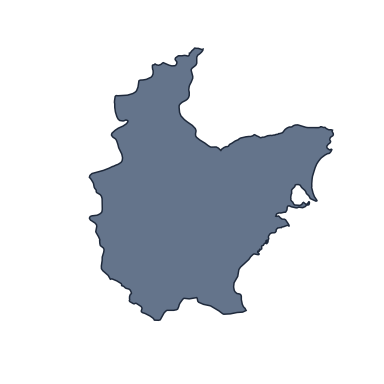 Nacala-A-Velha, Nampula, Mozambique (Mercator projection), rotated 29°
{"feature_id": "85939544B78261911608408", "entity_name": "Nacala-A-Velha", "entity_type": "district", "adm_level": 2, "iso_a3": "MOZ", "parent_name": "Mozambique", "parent_adm1": "Nampula", "projection": "mercator", "projection_center": [40.472, -14.556], "detail": "fine", "context": "isolated", "style": "filled", "palette": "slate", "viewbox_px": 384, "rotation_deg": 29, "n_neighbors": 0, "source": "geoboundaries", "source_scale": "gbopen_adm2", "svg_char_len": 6017}
<svg xmlns="http://www.w3.org/2000/svg" viewBox="0 0 384 384"><g transform="rotate(29 192 192)"><path d="M132.4,61.7L131.5,62.6L127.9,63.3L125.8,64.4L124.7,64.7L124.4,65.2L124.3,66.3L123.5,68.3L123.0,71.4L122.4,71.8L123.2,73.4L123.0,74.6L122.0,75.3L120.8,75.5L119.1,76.2L117.1,77.8L114.3,79.3L113.9,79.8L112.6,82.6L112.6,83.3L113.1,84.4L115.6,85.5L116.1,86.3L116.4,87.1L116.5,88.3L115.9,89.8L113.2,91.5L110.5,92.2L104.2,92.8L103.8,93.3L102.9,95.6L101.3,97.4L99.2,98.0L97.6,97.9L97.3,98.9L96.1,100.0L96.0,100.4L96.8,102.0L98.2,103.9L99.1,104.6L100.3,106.7L100.8,108.1L100.9,110.1L100.6,111.4L97.5,115.6L94.9,117.7L92.4,119.3L91.8,120.2L91.7,120.6L93.9,126.4L94.4,130.2L94.1,131.8L92.6,134.5L88.6,138.6L80.6,143.7L79.0,144.4L78.7,144.9L78.5,145.7L79.9,149.5L80.7,151.2L81.7,152.4L83.4,155.4L86.2,159.1L89.4,162.2L90.7,163.2L92.2,164.1L94.1,164.5L96.8,163.5L97.8,162.9L99.3,161.0L101.2,160.7L101.9,161.6L101.6,164.0L99.7,167.8L96.6,171.9L94.9,175.2L93.5,179.3L93.7,180.6L94.1,181.4L95.3,182.0L96.3,182.4L99.1,182.6L100.2,183.0L101.7,184.1L104.2,186.4L106.4,188.8L112.1,192.8L113.3,194.1L114.7,195.8L115.7,198.3L115.7,200.0L115.4,200.9L113.9,203.7L112.3,205.5L110.7,207.8L110.2,208.1L107.9,211.4L104.1,216.0L95.6,224.3L94.7,226.9L95.1,228.9L97.1,229.6L100.4,231.4L101.7,232.3L104.1,235.2L105.1,235.9L107.0,236.7L107.5,237.1L108.1,238.2L108.9,238.7L113.1,238.8L114.9,239.7L116.6,241.4L121.9,250.6L122.7,252.6L122.8,253.8L122.0,255.9L120.3,258.3L116.1,261.3L114.9,262.7L114.8,264.0L115.2,264.9L116.9,265.8L122.0,266.1L124.3,266.9L125.4,268.3L127.0,273.2L127.6,273.8L131.9,276.4L133.9,277.9L134.7,278.7L134.7,279.2L136.5,281.9L137.8,283.3L141.6,283.9L142.7,284.7L143.2,285.4L144.0,287.6L145.0,292.4L146.6,295.4L148.6,300.7L150.0,303.0L152.2,304.1L159.1,305.6L162.9,307.9L163.5,307.2L164.6,306.7L169.3,306.2L174.5,306.4L175.7,307.4L175.7,307.8L176.0,308.0L177.9,307.6L180.2,308.2L181.1,308.2L183.8,307.5L185.4,307.7L187.0,308.8L188.1,309.8L188.1,310.7L187.7,311.3L188.0,313.5L188.8,315.2L189.6,316.2L189.9,317.5L190.7,318.0L194.6,318.1L195.6,317.9L196.4,316.8L197.4,316.4L203.0,316.8L204.2,317.5L204.8,318.2L205.2,320.3L205.4,320.8L205.9,321.3L207.2,321.5L209.9,321.0L215.3,320.8L218.9,321.2L220.5,321.8L221.2,322.3L225.0,320.4L226.2,319.2L226.2,311.4L226.8,309.0L227.5,307.6L233.3,304.4L235.5,302.5L236.2,301.4L236.0,298.9L235.4,296.5L235.4,294.6L235.8,291.1L236.2,289.3L236.7,288.8L241.4,286.8L247.3,282.1L248.1,282.5L250.0,284.7L251.3,285.2L256.5,284.7L263.4,282.6L273.1,282.9L277.8,283.6L279.0,283.5L284.6,280.0L289.9,275.5L294.5,272.5L296.8,269.4L294.7,268.0L293.6,267.8L292.3,267.2L290.4,265.8L287.4,262.3L285.7,259.3L285.0,258.6L284.1,258.1L282.8,258.2L280.4,259.0L278.0,258.4L276.7,257.6L274.9,255.5L274.2,254.4L272.8,251.0L272.9,243.6L270.6,237.1L270.8,234.3L274.4,223.5L274.7,220.1L275.7,216.9L276.4,216.0L279.6,215.0L280.5,214.6L280.8,214.2L280.8,213.7L280.5,213.5L278.6,212.9L278.3,211.9L278.6,211.6L279.3,211.6L279.5,211.4L278.9,209.7L279.0,209.3L280.0,209.4L280.1,208.6L280.5,208.0L280.1,207.0L279.4,206.3L279.2,205.3L280.3,204.0L280.1,203.0L280.7,201.4L280.9,200.0L280.4,198.8L281.0,197.7L281.3,197.5L281.6,197.6L281.8,198.3L281.6,199.7L281.8,200.4L281.4,200.9L281.6,201.1L282.1,201.1L282.4,200.9L282.7,199.5L282.5,198.4L282.0,197.5L281.8,196.0L281.6,195.3L280.8,194.6L280.3,193.4L280.5,190.8L281.5,189.1L283.7,187.8L284.4,187.0L284.6,185.6L283.9,184.0L284.4,182.0L286.2,180.5L287.5,179.8L287.7,178.9L289.0,177.9L291.2,175.3L292.2,174.7L293.3,174.8L293.4,174.6L292.8,173.9L291.1,172.9L287.3,171.0L286.0,171.0L284.3,171.9L283.6,172.0L281.5,171.7L279.4,171.0L279.0,171.2L278.1,172.2L277.0,172.5L276.9,171.4L276.6,170.8L276.7,170.0L278.1,168.2L279.1,167.6L279.8,167.4L282.4,165.0L283.4,164.5L283.7,163.9L283.7,161.6L282.6,159.0L282.8,157.6L283.2,157.3L284.0,156.9L286.0,156.8L290.7,155.4L291.6,154.9L292.7,153.5L296.4,152.1L298.2,149.7L298.5,148.0L300.3,146.7L300.4,146.0L300.0,144.5L299.3,143.8L298.9,143.9L298.7,145.7L298.2,147.1L297.5,147.5L294.6,147.0L294.1,147.9L294.0,149.8L292.8,151.4L288.5,153.4L287.8,153.5L286.5,153.1L285.2,152.1L283.6,151.7L282.2,151.0L281.6,149.7L280.9,148.8L279.9,146.0L279.9,145.0L278.2,142.1L278.3,140.9L279.3,137.4L278.9,136.0L279.5,135.1L281.2,134.0L282.8,133.6L283.5,133.7L285.7,134.9L289.7,135.8L291.1,136.4L292.9,137.9L296.1,138.7L298.7,140.4L304.9,139.9L305.5,139.2L305.4,138.8L301.3,136.7L298.5,134.4L294.3,129.9L294.1,129.1L292.7,126.7L290.8,122.5L289.8,119.9L288.6,114.4L287.9,110.9L287.5,107.1L287.7,103.9L288.2,100.7L288.6,99.2L290.4,95.2L292.0,92.7L293.1,91.9L293.5,91.3L293.9,89.4L293.8,87.2L293.3,87.0L292.9,87.2L292.2,88.3L291.7,88.5L289.4,88.2L288.7,87.9L288.1,87.3L287.7,86.5L287.8,85.7L288.0,84.2L288.9,82.2L288.9,81.0L288.6,80.4L287.3,79.7L286.9,79.2L286.6,77.5L286.9,76.3L287.8,74.7L287.9,73.5L287.2,72.4L285.2,71.1L284.9,69.8L283.5,70.1L281.8,71.1L281.2,71.3L278.7,71.4L276.9,71.0L275.8,71.8L273.5,72.2L272.8,72.6L272.6,73.3L271.4,74.4L261.9,79.6L260.3,80.2L252.0,82.0L249.8,83.4L248.5,84.9L247.9,86.4L247.2,87.1L245.6,88.0L244.2,89.8L243.1,92.1L242.5,95.9L242.2,96.5L240.5,98.3L239.5,98.9L239.1,99.9L237.5,101.0L236.8,102.1L236.2,102.3L234.4,103.9L233.2,104.4L230.9,106.1L228.5,109.1L227.2,109.8L225.8,111.2L225.1,111.4L223.4,111.3L221.5,111.5L219.0,111.5L218.4,112.1L218.0,113.3L216.4,115.0L214.9,115.8L212.4,117.6L208.4,121.2L207.5,122.5L207.2,123.7L205.0,126.5L203.3,129.9L201.8,132.2L201.6,134.4L200.8,135.3L199.8,135.8L198.4,137.6L197.2,140.2L197.1,141.7L193.7,140.8L191.3,140.9L187.3,143.3L186.1,143.7L183.6,143.6L179.8,143.0L173.4,142.7L169.6,142.0L168.1,141.3L166.9,139.5L166.1,137.1L165.6,136.2L164.1,134.9L160.0,133.6L153.9,133.0L150.2,132.4L145.4,130.8L142.6,128.5L139.6,124.1L138.8,122.4L139.0,120.6L139.9,118.2L142.1,114.9L142.9,113.1L143.2,111.1L142.8,109.0L141.3,106.2L139.6,104.2L138.5,101.4L138.1,99.7L138.0,96.1L137.5,92.2L136.6,90.5L132.4,86.1L131.9,85.2L132.1,83.5L133.4,80.5L133.9,78.8L133.7,77.0L131.1,72.4L130.7,71.3L130.8,69.2L131.6,67.8L132.5,65.1L132.8,62.9L132.4,61.7Z" fill="#64748b" stroke="#1e293b" stroke-width="1.5"/></g></svg>